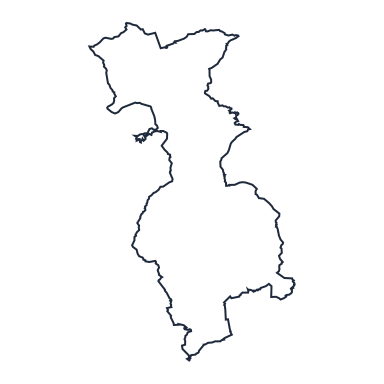 the district of Tismana, Gorj, Romania
{"feature_id": "2599482B13244509072735", "entity_name": "Tismana", "entity_type": "district", "adm_level": 2, "iso_a3": "ROU", "parent_name": "Romania", "parent_adm1": "Gorj", "projection": "robinson", "projection_center": [22.909, 45.124], "detail": "fine", "context": "isolated", "style": "outline", "palette": "slate", "viewbox_px": 384, "rotation_deg": 0, "n_neighbors": 0, "source": "geoboundaries", "source_scale": "gbopen_adm2", "svg_char_len": 6000}
<svg xmlns="http://www.w3.org/2000/svg" viewBox="0 0 384 384"><path d="M189.9,361.0L189.1,359.8L190.4,358.4L190.0,357.8L191.2,355.1L195.5,354.6L196.4,353.5L198.1,352.9L198.8,352.0L198.9,350.9L203.6,345.2L203.6,344.6L205.1,344.5L208.1,342.8L212.2,342.5L215.1,341.3L220.3,341.3L221.7,340.1L224.0,339.6L223.5,338.9L224.9,337.9L231.8,334.7L230.2,331.6L230.6,331.3L229.9,329.6L228.0,319.3L225.8,319.6L225.3,309.4L224.8,305.6L224.2,305.0L225.1,303.8L224.0,302.5L230.1,296.4L231.4,298.2L239.3,296.6L239.6,295.4L240.6,295.0L240.6,294.4L242.4,292.6L248.1,292.6L248.4,291.1L247.9,289.4L248.8,290.2L249.6,289.7L251.6,290.2L253.5,291.6L254.1,290.6L254.9,291.2L257.1,289.6L257.9,290.3L259.0,289.2L260.2,289.3L260.6,288.0L266.0,286.1L268.9,283.9L271.5,286.2L271.2,297.0L276.1,296.8L279.3,298.3L280.5,299.5L283.7,298.3L286.2,296.6L285.6,295.6L286.5,295.0L289.1,294.7L291.1,293.3L291.9,292.3L292.0,290.8L290.9,288.6L291.7,287.9L292.3,288.6L292.7,287.6L293.2,287.7L293.0,286.7L294.1,285.7L294.0,284.5L294.6,284.4L294.3,283.0L292.9,281.6L293.8,280.5L292.4,279.6L292.2,278.4L284.4,278.0L277.0,272.8L278.9,271.2L279.5,268.9L279.2,267.2L279.4,265.2L281.7,263.7L281.7,262.8L282.7,262.0L280.1,259.0L279.0,255.8L281.8,252.9L281.5,248.5L280.5,247.7L281.3,245.2L282.6,244.2L283.1,242.6L280.5,239.4L278.9,235.4L277.7,229.1L276.7,226.7L276.0,226.7L276.6,224.8L276.0,224.7L276.5,222.8L275.8,222.2L275.7,220.5L279.2,216.3L279.4,213.6L273.5,209.0L271.9,206.2L269.1,203.1L264.0,198.8L258.9,198.1L256.9,194.7L255.6,194.1L255.6,191.0L256.8,188.9L252.5,184.8L245.6,182.5L242.6,182.2L239.6,182.6L234.8,184.8L230.6,184.9L229.7,185.5L229.1,184.9L228.0,185.7L226.1,185.8L226.0,182.6L224.8,181.5L225.1,180.0L224.4,178.1L224.8,176.9L224.1,176.0L225.1,174.9L223.8,174.4L224.0,173.2L223.3,172.2L222.9,169.8L220.5,166.7L220.3,161.5L221.4,159.6L221.5,158.3L227.5,153.0L228.9,150.0L230.7,143.9L231.8,142.1L235.4,138.7L236.4,137.1L244.3,132.0L247.3,131.2L248.1,129.4L249.8,129.1L247.8,127.2L243.7,126.9L243.7,125.4L243.2,125.0L240.3,124.9L238.9,124.0L238.3,124.9L235.3,124.5L234.7,123.0L236.4,121.5L238.1,121.1L236.9,119.0L235.4,119.1L234.4,118.3L236.1,117.5L236.2,115.6L237.5,115.1L238.5,113.8L238.2,113.1L237.1,112.4L235.6,113.6L234.9,112.3L234.1,113.0L232.5,112.5L229.9,113.2L229.7,112.6L230.4,111.9L229.1,110.7L231.5,109.1L231.4,108.3L230.3,108.3L229.4,107.3L227.9,107.6L225.7,106.3L223.7,106.3L222.5,105.4L219.3,105.9L217.7,102.6L217.7,101.3L215.3,101.0L212.7,98.3L211.2,98.7L209.4,96.2L205.0,93.4L204.9,92.3L205.4,90.9L207.2,90.7L208.4,88.8L208.1,87.9L208.3,86.5L207.4,85.5L208.1,83.6L210.6,83.1L211.2,82.1L211.1,79.5L209.6,76.2L209.5,69.9L209.1,68.9L211.7,67.9L217.6,63.8L220.1,59.6L222.6,57.5L224.4,52.0L226.3,49.3L225.9,48.1L226.3,47.3L226.1,45.9L227.3,45.1L226.7,43.9L227.6,43.7L229.0,41.5L230.5,40.4L236.0,38.0L238.5,36.1L238.1,35.5L235.8,35.1L234.5,35.7L232.5,34.6L228.4,35.5L224.9,34.4L224.6,33.1L221.5,31.3L220.2,31.2L219.1,29.9L212.9,30.5L210.7,30.2L207.7,31.4L205.9,31.3L205.3,29.3L204.8,29.1L202.6,30.5L200.5,30.4L198.8,31.9L196.5,32.1L194.3,34.0L188.2,34.2L186.7,36.8L184.1,38.6L177.9,40.9L174.7,41.3L174.4,41.8L175.3,42.7L173.9,42.7L173.1,43.6L167.0,45.7L167.2,46.5L166.9,47.0L167.4,48.3L166.3,47.2L166.2,47.9L165.8,47.8L165.8,47.1L160.7,48.2L155.2,32.8L148.1,34.6L144.8,33.4L142.7,29.2L140.8,29.5L136.7,25.5L132.3,24.6L130.4,23.5L126.5,23.0L125.9,23.6L126.6,26.0L125.2,27.3L126.5,29.5L123.4,32.2L121.0,33.2L118.5,36.4L114.3,37.1L113.2,38.5L111.2,38.9L105.5,37.7L103.3,38.5L100.1,42.0L97.4,44.2L94.2,45.7L93.6,46.8L89.4,46.5L90.7,49.1L93.4,51.6L95.2,55.0L98.2,56.0L103.6,60.6L103.1,62.6L104.3,65.1L103.9,66.6L106.0,68.6L106.8,70.6L106.2,72.7L108.0,83.4L109.3,84.6L110.6,88.1L112.5,90.2L112.7,91.5L114.3,92.3L114.2,93.5L115.8,96.3L114.0,98.3L114.2,100.1L113.6,102.9L111.7,104.6L108.0,106.6L107.2,107.7L107.5,108.7L111.6,112.0L115.0,113.5L118.3,112.1L121.6,108.3L123.0,107.4L135.3,102.6L137.1,103.1L139.8,102.8L141.3,103.8L150.4,106.4L151.2,107.4L151.2,108.5L154.3,116.2L155.1,120.0L155.4,124.3L156.9,125.4L157.8,127.9L156.2,129.6L153.6,129.7L151.9,128.3L149.5,129.0L147.7,132.7L146.8,133.3L144.5,133.3L143.4,134.0L140.3,134.3L137.8,136.0L134.8,135.8L136.8,137.3L136.1,138.9L137.0,139.2L136.7,140.7L138.0,140.2L138.8,139.0L139.8,139.1L140.1,140.5L140.0,142.1L140.8,142.4L140.6,141.4L141.9,140.4L142.5,138.7L143.7,140.7L145.5,139.0L145.6,138.3L144.1,135.7L147.0,135.2L146.2,135.6L146.0,136.0L146.3,136.1L149.2,133.9L151.4,134.9L151.9,132.7L155.2,131.2L157.7,131.1L160.3,131.8L160.0,131.3L160.3,131.0L163.1,131.0L166.7,132.7L167.2,133.7L167.0,138.7L161.7,145.7L164.6,149.8L167.6,152.6L167.9,154.0L170.1,154.7L170.0,156.2L170.5,157.0L169.5,158.0L169.3,160.1L171.8,163.2L170.4,167.8L170.8,170.6L170.0,171.4L170.2,172.4L169.9,172.8L172.6,179.0L172.1,181.3L169.4,182.3L163.2,186.6L160.4,186.8L158.6,189.8L155.4,192.3L153.6,192.9L151.4,195.4L149.1,196.8L148.9,198.8L147.7,200.1L147.1,203.1L146.6,203.5L146.6,205.1L145.0,206.6L145.2,207.5L144.7,208.3L145.2,208.8L145.4,210.0L144.2,211.4L143.0,211.8L142.6,213.3L141.4,214.2L140.2,216.9L140.4,218.0L137.3,223.0L139.1,225.6L138.7,227.3L139.2,230.0L137.0,232.1L135.4,235.0L136.0,235.8L134.4,237.1L134.5,240.2L132.1,245.3L133.0,247.0L136.6,249.6L137.6,253.6L139.1,256.2L142.7,257.6L143.3,258.6L143.3,259.6L145.3,260.2L145.4,261.3L149.3,262.0L155.3,260.9L156.0,262.0L155.7,263.5L158.3,265.2L159.0,267.6L157.7,270.2L159.0,273.9L158.9,274.8L162.1,277.1L161.0,277.8L159.9,279.5L158.7,280.2L158.4,281.2L165.0,289.8L164.9,290.7L166.7,292.8L169.5,298.2L171.1,299.4L170.2,300.6L171.3,300.9L170.5,303.8L171.2,304.9L170.9,306.5L171.3,307.1L167.0,308.1L168.0,310.0L167.3,311.2L171.1,315.8L170.7,316.5L170.9,317.7L173.5,322.9L173.9,325.0L179.1,324.7L178.8,324.1L181.7,324.7L183.8,325.3L187.3,328.1L185.0,327.4L184.2,328.2L184.7,329.2L188.1,329.9L189.6,329.2L190.8,329.7L191.1,331.2L188.3,332.1L187.4,333.0L187.0,334.5L185.3,336.0L185.3,337.6L184.5,339.1L185.2,340.8L185.1,344.7L182.0,345.6L182.5,349.0L189.1,355.7L188.9,358.0L187.1,358.9L189.9,361.0Z" fill="none" stroke="#1e293b" stroke-width="2"/></svg>